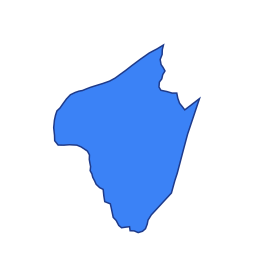 Roteiro, Alagoas, Brazil (Equal Earth projection), rotated 210°
{"feature_id": "56859067B56369687542379", "entity_name": "Roteiro", "entity_type": "district", "adm_level": 2, "iso_a3": "BRA", "parent_name": "Brazil", "parent_adm1": "Alagoas", "projection": "equal_earth", "projection_center": [-35.971, -9.875], "detail": "fine", "context": "isolated", "style": "filled", "palette": "blue", "viewbox_px": 256, "rotation_deg": 210, "n_neighbors": 0, "source": "geoboundaries", "source_scale": "gbopen_adm2", "svg_char_len": 1174}
<svg xmlns="http://www.w3.org/2000/svg" viewBox="0 0 256 256"><g transform="rotate(210 128 128)"><path d="M74.8,40.1L71.2,42.0L66.9,42.5L63.8,45.8L62.5,49.5L63.3,54.4L64.6,58.2L64.4,64.4L57.9,93.4L61.1,105.7L62.7,113.3L69.6,138.6L73.3,152.4L80.8,189.2L87.9,172.1L95.7,175.2L99.7,178.6L103.2,182.6L107.2,180.3L112.6,179.0L118.4,177.1L121.7,179.0L123.8,183.5L123.3,187.4L124.6,191.6L124.5,195.9L128.0,198.0L131.1,199.5L134.4,203.4L135.2,208.7L137.5,213.1L138.8,217.6L142.6,210.7L145.1,206.8L147.2,203.4L149.3,198.8L151.3,194.6L153.2,190.2L155.9,183.9L158.8,176.7L161.2,171.4L164.1,164.8L167.4,159.4L172.1,153.9L175.1,150.7L177.6,148.0L180.9,144.4L183.4,141.3L186.2,137.7L188.9,135.4L191.5,132.4L194.5,128.0L195.8,122.5L196.4,117.0L196.9,111.3L198.1,107.3L197.2,102.9L195.6,97.9L192.5,91.1L187.9,84.8L185.1,80.3L180.0,78.3L175.1,81.0L170.4,84.2L163.7,87.6L159.1,88.2L151.6,87.7L147.9,85.4L145.8,81.4L143.3,78.4L141.1,75.9L139.4,72.1L136.3,70.2L133.9,67.7L130.3,65.4L127.4,63.3L122.8,62.2L118.8,62.4L115.2,57.4L111.3,52.6L105.4,53.5L102.2,50.0L96.1,43.2L92.0,42.0L87.3,39.0L83.7,38.4L80.4,41.0L77.3,43.3L74.8,40.1Z" fill="#3b82f6" stroke="#1e3a8a" stroke-width="1.5"/></g></svg>